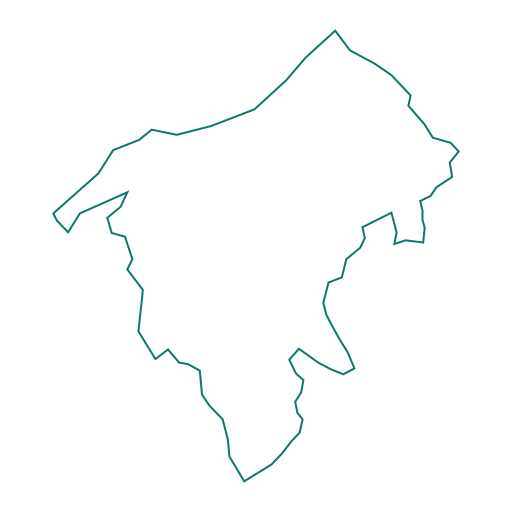 Pentageia, Cyprus (Robinson projection)
{"feature_id": "46923920B34029116615265", "entity_name": "Pentageia", "entity_type": "district", "adm_level": 2, "iso_a3": "CYP", "parent_name": "Cyprus", "parent_adm1": "", "projection": "robinson", "projection_center": [32.885, 35.147], "detail": "fine", "context": "isolated", "style": "outline", "palette": "teal", "viewbox_px": 512, "rotation_deg": 0, "n_neighbors": 0, "source": "geoboundaries", "source_scale": "gbopen_adm2", "svg_char_len": 1147}
<svg xmlns="http://www.w3.org/2000/svg" viewBox="0 0 512 512"><path d="M179.1,362.6L187.9,364.1L199.8,370.6L202.0,394.6L209.4,405.6L222.7,419.4L227.9,439.8L229.4,456.5L244.2,481.3L256.0,474.0L271.5,464.5L281.9,453.6L291.5,441.2L299.7,432.5L302.6,419.4L297.4,412.8L295.2,401.9L301.1,392.5L303.4,380.1L296.0,373.5L289.3,359.7L298.9,348.8L318.2,362.6L330.7,369.2L343.3,374.3L354.4,368.4L347.7,352.4L339.6,339.3L331.5,324.8L326.3,314.6L323.3,302.9L328.5,282.5L341.8,277.4L346.3,259.2L360.3,247.6L364.8,238.1L362.5,227.2L391.4,212.7L396.6,232.3L394.4,244.0L405.5,240.3L423.2,242.5L424.7,227.9L422.5,219.9L422.5,210.5L420.2,201.0L430.6,195.9L436.5,187.2L452.1,177.0L449.8,162.4L458.7,151.5L450.6,142.8L432.8,137.7L424.7,124.6L408.4,105.7L410.6,95.5L391.4,75.1L374.4,63.5L350.0,50.4L335.2,30.7L305.6,57.6L286.3,80.2L254.5,109.3L210.9,126.1L176.8,134.8L151.7,129.7L139.1,139.9L113.2,150.1L98.4,173.4L53.3,213.4L57.0,220.7L68.1,232.3L79.9,213.4L127.3,192.3L120.6,206.8L107.3,217.8L111.7,233.0L125.0,236.7L132.4,259.2L127.3,269.4L142.8,289.8L142.1,297.8L138.4,331.3L155.4,359.0L168.0,349.5L179.1,362.6Z" fill="none" stroke="#0f766e" stroke-width="2"/></svg>